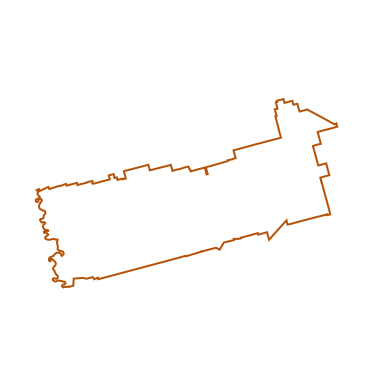 Río Bravo, Tamaulipas, Mexico, rotated 255°
{"feature_id": "50627088B84741997482443", "entity_name": "Río Bravo", "entity_type": "district", "adm_level": 2, "iso_a3": "MEX", "parent_name": "Mexico", "parent_adm1": "Tamaulipas", "projection": "orthographic", "projection_center": [-98.021, 25.728], "detail": "fine", "context": "isolated", "style": "outline", "palette": "amber", "viewbox_px": 384, "rotation_deg": 255, "n_neighbors": 0, "source": "geoboundaries", "source_scale": "gbopen_adm2", "svg_char_len": 5649}
<svg xmlns="http://www.w3.org/2000/svg" viewBox="0 0 384 384"><g transform="rotate(255 192 192)"><path d="M134.6,319.8L137.3,319.8L140.2,319.9L152.3,319.8L166.5,319.8L169.0,319.8L168.8,319.6L172.7,319.7L172.7,329.0L184.9,329.0L184.9,320.8L205.2,320.7L205.3,324.9L205.2,328.9L217.4,328.9L217.5,333.0L217.4,345.4L217.5,345.4L217.5,349.2L220.9,349.2L220.3,347.4L221.4,346.2L221.9,345.7L234.0,333.0L241.5,325.0L241.9,324.8L241.9,324.5L241.8,322.8L241.9,316.7L250.0,316.6L250.0,312.6L254.1,312.5L254.1,304.4L258.1,304.4L258.1,297.5L256.9,297.5L256.9,297.3L256.8,296.2L254.0,296.2L250.3,296.1L250.4,293.4L243.5,293.4L243.5,292.1L241.9,292.1L231.1,292.1L229.7,291.9L221.5,292.0L221.4,290.1L221.4,288.1L221.5,287.8L221.5,271.6L221.6,261.9L221.5,261.0L221.5,242.9L213.4,242.9L213.3,239.2L213.1,239.1L213.1,238.9L213.3,238.1L213.3,237.2L213.3,236.5L213.3,236.3L213.4,234.8L212.7,234.8L212.6,233.7L212.6,230.8L212.5,228.7L212.5,227.3L212.4,226.7L212.5,225.7L212.4,224.8L212.4,222.3L212.3,219.8L212.3,217.1L212.3,213.8L212.2,212.1L212.2,211.7L210.6,211.8L209.3,211.7L206.6,211.8L205.2,211.8L205.2,210.6L212.3,210.7L212.3,201.0L212.3,197.8L212.3,196.2L213.1,196.2L213.2,195.8L215.1,195.5L217.5,195.0L217.6,192.4L217.4,186.7L217.6,179.6L217.4,179.5L217.4,179.4L217.4,178.6L223.7,178.6L223.6,172.9L223.8,172.4L223.7,172.1L223.7,171.9L223.8,165.4L223.8,158.8L223.8,156.9L229.6,156.8L229.7,131.6L222.2,131.6L222.2,128.5L222.2,128.4L222.9,128.4L222.9,123.2L225.6,123.2L225.5,120.8L229.6,120.9L229.5,115.9L225.5,115.9L225.5,99.7L226.0,97.9L228.3,98.7L228.6,97.1L228.5,92.7L228.3,92.7L228.3,88.9L228.4,86.9L228.4,83.7L228.3,83.2L230.6,83.3L230.6,76.0L230.6,72.6L232.3,72.6L232.4,72.4L231.9,65.8L232.3,65.5L231.7,55.0L234.1,54.5L232.2,44.4L234.3,44.9L234.1,42.5L233.5,42.8L233.2,43.0L232.8,43.0L232.2,43.1L231.7,43.0L230.2,42.3L229.5,42.3L228.8,42.5L227.7,43.2L226.6,43.7L226.4,43.7L226.1,43.3L225.8,42.7L225.6,42.0L225.4,41.2L225.3,40.3L225.0,39.3L224.7,39.0L224.5,38.9L224.2,38.9L223.7,38.8L223.3,39.0L222.8,39.3L222.4,39.8L222.3,40.0L222.3,40.4L222.4,40.7L222.7,41.0L223.7,41.6L224.1,41.9L224.4,42.1L224.7,42.5L224.7,42.9L224.7,43.2L224.6,43.6L224.3,44.3L223.8,44.6L223.2,44.7L222.6,44.7L222.4,44.5L221.8,44.1L221.6,43.8L220.7,42.5L219.2,41.3L218.7,40.9L217.8,40.6L217.3,40.4L216.6,40.4L215.4,40.6L214.8,40.8L214.5,41.1L214.3,41.6L214.0,42.0L213.5,42.5L212.6,43.2L212.4,43.6L212.2,44.4L212.0,44.6L211.7,44.9L211.2,45.1L210.9,45.1L210.4,45.1L209.8,45.0L208.9,44.4L208.4,43.9L208.0,43.3L207.7,42.8L207.5,42.5L207.0,42.3L205.8,42.2L205.4,41.9L205.1,41.4L204.9,40.1L205.0,39.3L205.1,38.7L205.0,38.4L204.9,38.2L204.2,38.0L201.8,38.6L201.5,39.0L201.3,39.4L201.2,39.7L201.3,40.6L201.3,41.1L201.1,41.5L200.7,41.8L200.2,42.2L199.8,42.2L199.5,41.8L199.1,40.9L198.7,40.1L198.5,39.8L198.1,39.5L197.8,39.2L197.5,39.1L196.8,39.0L196.3,39.0L195.6,39.1L195.0,39.4L194.0,40.0L193.5,40.4L193.3,40.7L193.1,41.1L192.7,42.3L192.4,42.8L192.0,43.1L191.9,43.2L191.6,43.1L191.5,42.9L191.5,42.5L191.7,42.0L192.1,41.4L192.3,40.8L192.4,40.2L192.3,39.4L192.1,39.0L191.8,38.6L191.4,38.5L191.2,38.5L190.8,38.7L190.8,39.0L190.8,39.4L190.7,39.7L190.2,40.6L189.8,41.1L189.0,41.6L188.6,41.8L188.3,42.0L188.1,42.0L187.9,41.9L187.6,41.6L187.4,41.1L187.3,40.6L186.9,39.7L186.6,39.1L186.5,38.9L186.3,38.6L185.9,38.4L185.6,38.2L185.3,38.2L184.8,38.5L184.1,39.1L183.6,39.8L183.2,40.6L183.1,41.0L182.8,41.9L182.6,43.4L182.7,45.5L182.3,46.5L182.1,46.8L181.8,47.3L181.4,48.0L181.1,49.1L181.1,49.4L180.9,49.8L180.7,49.9L179.4,49.1L178.8,48.8L178.0,48.5L177.1,48.4L176.0,48.4L174.7,48.4L173.7,48.2L172.3,47.6L171.7,47.6L171.3,47.6L170.6,47.9L170.1,48.2L169.4,49.3L168.0,51.7L167.8,51.8L167.3,52.0L167.0,52.1L166.1,52.1L165.4,52.1L165.2,52.0L164.7,51.3L164.3,50.3L164.1,49.9L164.0,49.7L164.4,49.4L165.6,49.3L166.1,49.3L166.7,49.0L167.1,48.7L167.4,48.4L167.8,47.8L168.1,47.0L168.2,46.1L168.2,45.5L168.0,44.7L167.8,44.0L167.6,43.6L167.1,42.9L166.8,42.6L166.6,42.4L166.3,41.9L166.2,41.7L165.9,40.5L165.9,38.9L165.6,37.9L165.0,37.0L164.8,36.8L164.3,36.5L163.9,36.3L163.2,36.2L162.5,36.3L162.3,36.4L161.9,36.7L161.8,37.1L161.8,37.4L162.0,37.6L162.2,37.8L163.1,38.0L163.5,38.3L163.7,38.8L163.7,39.2L163.5,39.4L162.6,40.1L162.2,40.4L160.9,41.2L159.4,41.9L158.9,42.0L158.6,42.0L157.6,41.7L156.8,41.2L156.6,41.1L156.3,40.6L156.1,40.3L155.9,39.8L155.6,39.3L154.7,38.5L154.5,38.2L154.3,38.0L154.1,37.9L153.5,37.9L151.9,38.6L150.5,38.9L149.1,39.0L147.0,39.6L146.4,40.2L146.1,40.4L145.9,40.5L145.5,40.5L144.9,40.4L143.8,39.9L143.6,39.8L143.3,39.5L143.3,39.0L143.3,38.4L143.4,38.0L143.6,37.6L144.2,36.8L144.3,36.6L144.5,36.1L144.5,35.7L144.4,35.4L144.1,35.0L143.7,34.8L143.3,34.8L143.0,34.9L142.6,35.0L142.0,35.4L141.4,36.0L141.1,36.4L140.9,36.8L140.8,37.4L141.1,39.5L140.9,40.3L140.7,40.9L140.0,42.2L139.8,42.9L139.6,43.3L139.3,43.7L138.7,44.4L138.6,44.6L138.5,45.2L138.4,45.4L138.3,45.6L137.8,46.0L137.4,46.2L136.9,46.3L136.6,46.2L136.4,46.0L135.9,45.4L135.8,45.2L135.8,44.8L135.9,44.1L135.9,43.3L135.7,42.9L135.5,42.4L135.3,42.3L134.8,42.1L134.3,42.2L134.0,42.3L133.2,43.1L133.4,43.3L132.6,47.9L132.5,48.5L132.2,48.5L132.2,53.1L139.0,55.3L137.3,64.2L137.0,64.9L136.6,65.5L136.2,66.3L135.5,68.2L135.5,73.3L135.5,73.5L135.5,74.1L133.4,74.9L133.1,74.9L133.2,75.6L133.6,79.0L132.0,79.0L131.9,161.1L132.0,164.9L132.0,165.1L132.0,169.2L131.5,169.3L131.8,183.1L132.2,185.7L131.9,185.6L132.0,188.8L131.9,200.7L130.8,202.0L129.1,203.8L135.0,209.7L134.7,220.2L135.9,220.2L134.7,224.7L134.6,227.5L135.2,227.5L135.2,239.1L135.3,244.9L133.7,244.9L133.7,254.1L125.9,254.0L140.2,275.9L135.7,275.9L135.6,281.0L135.7,284.1L135.6,304.3L135.5,308.5L135.4,316.9L134.6,316.8L134.6,319.8Z" fill="none" stroke="#b45309" stroke-width="2"/></g></svg>